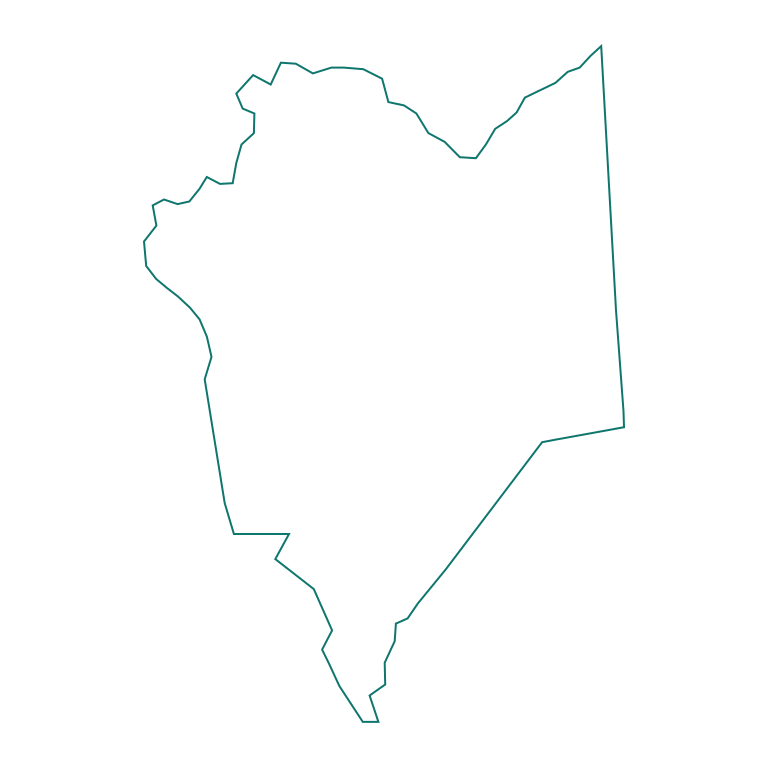 outline of Peritiba, Santa Catarina, Brazil
{"feature_id": "56859067B55154710443885", "entity_name": "Peritiba", "entity_type": "district", "adm_level": 2, "iso_a3": "BRA", "parent_name": "Brazil", "parent_adm1": "Santa Catarina", "projection": "equal_earth", "projection_center": [-51.887, -27.362], "detail": "fine", "context": "isolated", "style": "outline", "palette": "teal", "viewbox_px": 768, "rotation_deg": 0, "n_neighbors": 0, "source": "geoboundaries", "source_scale": "gbopen_adm2", "svg_char_len": 1046}
<svg xmlns="http://www.w3.org/2000/svg" viewBox="0 0 768 768"><path d="M362.8,721.9L378.4,721.9L369.6,695.5L385.2,684.5L384.7,662.7L394.7,641.2L395.9,623.6L407.6,618.4L417.9,603.4L445.9,569.2L542.1,442.2L555.8,439.6L624.0,427.2L623.5,411.2L616.0,310.3L601.2,46.1L590.5,55.9L579.7,67.6L567.8,71.8L555.4,82.9L538.5,91.0L524.9,97.6L516.6,112.5L507.1,121.0L495.2,128.8L485.9,144.5L475.9,158.2L459.8,157.2L444.7,141.9L428.4,133.1L416.4,113.5L404.0,105.4L388.4,102.1L382.1,78.7L363.3,69.2L343.8,67.6L331.4,67.6L312.9,73.4L295.8,63.7L280.9,62.7L270.7,84.5L253.1,75.1L236.3,93.6L242.7,108.6L254.4,113.5L253.9,133.1L241.5,144.5L236.3,163.0L232.7,183.2L220.0,183.9L206.8,177.0L199.5,188.8L189.3,201.5L177.6,204.1L164.0,199.5L152.7,205.4L156.4,225.6L144.0,241.5L146.2,266.0L156.2,279.0L167.1,288.1L178.1,296.6L190.0,307.7L199.6,319.4L206.9,336.7L211.5,356.9L204.7,379.3L224.7,503.1L233.9,534.0L268.3,534.0L289.0,534.0L275.3,559.1L313.8,589.1L332.1,630.4L322.1,649.6L329.0,663.6L339.4,686.1L362.8,721.9Z" fill="none" stroke="#0f766e" stroke-width="2"/></svg>